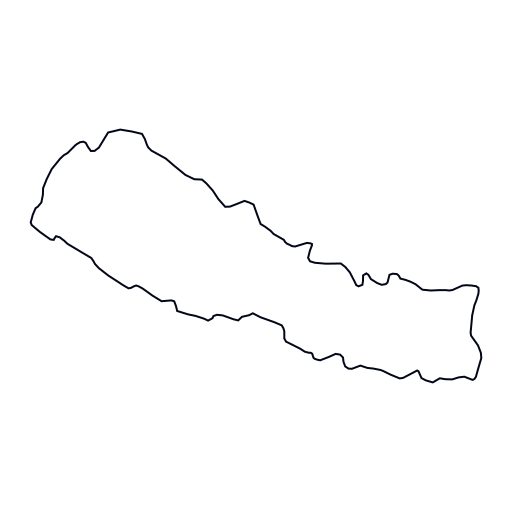 outline of Nepal
{"feature_id": "NPL", "entity_name": "Nepal", "entity_type": "country or territory", "adm_level": 0, "iso_a3": "NPL", "parent_name": "Asia", "parent_adm1": "", "projection": "albers", "projection_center": [84.322, 28.374], "detail": "fine", "context": "isolated", "style": "outline", "palette": "ink", "viewbox_px": 512, "rotation_deg": 0, "n_neighbors": 0, "source": "natural_earth", "source_scale": "50m", "svg_char_len": 2512}
<svg xmlns="http://www.w3.org/2000/svg" viewBox="0 0 512 512"><path d="M476.1,286.2L478.4,287.8L478.7,290.6L478.4,293.7L476.3,300.5L474.4,305.3L472.2,315.3L470.6,332.7L471.1,335.7L478.0,345.4L480.9,352.9L481.3,358.1L478.7,366.9L475.9,376.8L474.4,379.0L472.6,379.9L464.3,376.7L458.6,377.4L452.2,379.4L445.4,379.2L439.8,378.3L432.8,382.4L425.9,380.4L421.5,378.1L418.5,371.3L417.2,370.5L403.1,377.9L399.7,378.4L390.7,374.7L383.4,371.1L380.6,370.0L373.6,368.6L367.3,367.9L360.4,365.6L351.9,368.8L348.5,368.6L345.2,366.4L343.5,361.8L343.0,357.5L340.1,354.6L335.6,353.9L329.4,356.7L320.2,360.3L317.3,359.7L314.5,358.7L313.5,357.8L312.2,353.7L310.8,352.8L308.6,352.7L304.8,351.7L300.2,348.7L286.0,341.6L284.3,338.4L284.3,331.4L283.5,328.5L281.8,325.4L274.6,322.3L260.6,317.3L252.8,313.3L249.1,315.2L242.0,316.8L238.2,320.4L233.6,319.3L222.7,315.4L216.9,314.8L213.4,316.1L212.5,318.2L208.1,320.6L203.9,318.6L195.5,315.9L188.2,314.4L177.2,311.0L176.0,306.1L174.2,301.3L171.5,300.4L161.6,301.2L152.6,295.7L142.9,288.7L138.8,286.4L136.1,285.5L133.7,286.4L131.0,287.9L128.5,288.3L123.3,285.3L116.6,280.9L108.4,275.6L98.9,268.2L95.0,264.0L93.3,260.9L91.3,258.0L83.0,253.1L76.5,249.2L68.6,244.5L67.2,243.6L64.3,240.8L59.7,237.3L56.0,236.2L54.7,238.0L53.7,239.9L50.4,239.4L45.3,235.8L40.0,232.0L35.9,228.6L31.7,225.0L30.7,222.5L32.8,214.7L35.6,208.2L37.8,206.7L41.4,202.4L42.9,194.7L43.1,188.1L46.8,178.9L51.7,169.1L60.1,158.7L63.7,155.3L67.6,153.0L75.3,145.3L76.8,144.1L80.1,142.2L83.3,141.7L85.7,142.8L88.0,147.0L90.9,151.0L94.6,150.9L98.9,147.6L108.1,132.5L120.3,129.6L131.8,131.5L142.0,133.9L144.9,139.1L146.8,144.5L148.1,147.3L151.4,150.6L165.7,158.5L174.0,165.6L185.5,175.0L194.2,179.2L202.0,179.6L206.3,183.3L212.8,190.6L218.3,199.0L225.2,206.8L230.0,206.6L236.5,204.1L244.5,200.9L249.2,202.5L253.6,204.6L255.0,208.6L257.7,216.2L260.6,224.0L265.2,226.8L270.6,230.8L273.6,234.0L283.8,239.8L285.3,242.2L287.3,243.9L289.8,244.9L291.9,246.1L295.1,246.5L306.9,242.9L310.1,243.3L311.9,243.9L312.0,245.2L309.9,250.7L308.1,257.8L310.0,261.3L315.0,262.8L326.0,263.7L340.8,263.5L345.3,267.0L349.8,272.3L354.5,281.4L356.3,285.2L358.6,286.3L362.4,284.8L363.0,281.0L363.1,275.4L366.3,273.4L368.4,274.8L370.9,279.1L377.1,283.0L381.6,284.8L385.8,284.1L387.5,282.5L389.5,274.8L392.8,273.7L397.0,274.1L398.7,275.6L400.4,278.6L405.6,279.9L410.7,281.8L415.5,284.2L422.4,289.7L430.7,290.5L440.3,290.1L445.4,290.1L449.2,290.5L452.5,290.0L462.3,285.6L466.3,285.2L471.3,285.5L476.1,286.2Z" fill="none" stroke="#020617" stroke-width="2"/></svg>